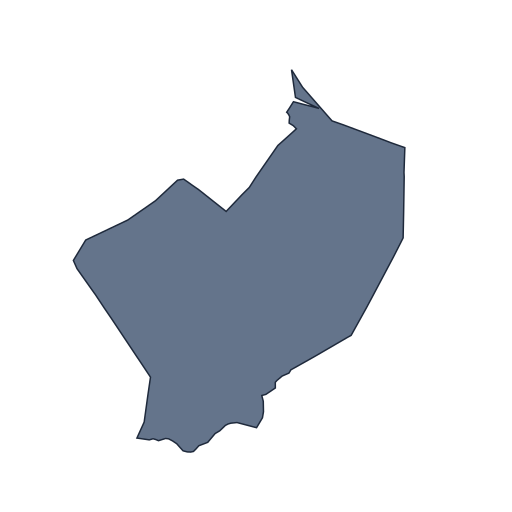 the district of Teotongo, Oaxaca, Mexico, rotated 248°
{"feature_id": "50627088B1366464462035", "entity_name": "Teotongo", "entity_type": "district", "adm_level": 2, "iso_a3": "MEX", "parent_name": "Mexico", "parent_adm1": "Oaxaca", "projection": "albers", "projection_center": [-97.542, 17.746], "detail": "fine", "context": "isolated", "style": "filled", "palette": "slate", "viewbox_px": 512, "rotation_deg": 248, "n_neighbors": 0, "source": "geoboundaries", "source_scale": "gbopen_adm2", "svg_char_len": 1447}
<svg xmlns="http://www.w3.org/2000/svg" viewBox="0 0 512 512"><g transform="rotate(248 256 256)"><path d="M101.4,141.6L106.7,151.6L107.5,156.9L109.4,161.7L110.4,164.1L110.7,167.2L110.4,170.1L108.7,176.0L96.6,192.2L101.3,198.4L103.6,201.4L108.8,204.6L118.5,208.3L124.5,209.1L124.0,213.3L126.4,224.5L131.7,226.6L132.8,228.9L134.9,235.3L135.0,238.5L135.1,242.7L135.4,243.1L137.4,245.7L140.8,272.2L146.2,309.7L146.8,314.5L166.7,339.1L173.8,347.6L203.0,382.3L203.4,382.8L203.5,382.9L214.7,395.8L214.8,395.9L217.7,399.2L227.5,403.4L240.6,409.0L274.0,423.1L278.0,424.5L300.7,434.6L310.6,423.4L315.0,418.7L344.8,386.2L352.8,377.1L395.0,362.4L415.4,358.7L388.2,352.0L369.2,369.7L372.8,365.0L378.0,357.9L383.1,351.1L385.0,348.5L380.6,342.4L377.8,338.3L376.5,338.9L374.4,339.3L372.5,339.4L369.4,337.7L366.8,336.5L362.9,339.4L358.8,341.1L353.6,326.9L350.3,317.7L329.4,285.8L322.1,275.5L318.0,265.8L308.5,245.0L338.8,227.8L346.6,222.7L347.6,222.1L354.4,217.7L355.7,211.7L344.9,183.5L337.4,150.6L334.6,104.1L320.3,85.0L311.3,85.3L289.2,90.5L288.5,90.7L287.8,90.8L287.5,90.9L281.6,92.3L280.9,92.5L264.3,95.9L252.4,98.5L206.8,107.9L205.8,108.1L205.5,108.2L183.2,112.8L167.1,103.4L143.9,90.1L131.8,77.4L125.5,88.2L125.1,92.1L123.4,94.3L121.3,96.4L120.7,103.7L119.3,106.4L115.9,109.3L111.6,112.2L106.2,114.1L102.7,115.4L100.1,118.9L98.7,122.0L98.2,124.8L99.5,127.9L101.5,131.9L101.3,141.5L101.4,141.6Z" fill="#64748b" stroke="#1e293b" stroke-width="1.5"/></g></svg>